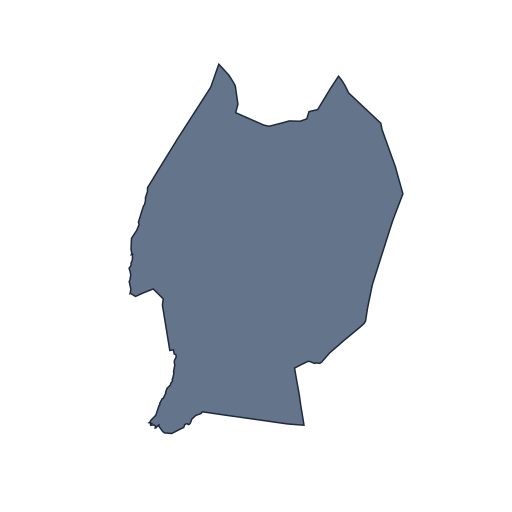 outline of Santa María del Rosario, Oaxaca, Mexico, rotated 18°
{"feature_id": "50627088B57696303957439", "entity_name": "Santa María del Rosario", "entity_type": "district", "adm_level": 2, "iso_a3": "MEX", "parent_name": "Mexico", "parent_adm1": "Oaxaca", "projection": "equal_earth", "projection_center": [-97.61, 17.342], "detail": "fine", "context": "isolated", "style": "filled", "palette": "slate", "viewbox_px": 512, "rotation_deg": 18, "n_neighbors": 0, "source": "geoboundaries", "source_scale": "gbopen_adm2", "svg_char_len": 2065}
<svg xmlns="http://www.w3.org/2000/svg" viewBox="0 0 512 512"><g transform="rotate(18 256 256)"><path d="M380.3,284.2L378.2,271.1L375.5,247.1L375.1,187.3L375.1,180.9L375.3,175.0L376.0,161.5L376.5,151.5L363.5,131.9L360.9,127.9L358.8,125.3L336.8,96.8L333.7,91.2L293.7,72.3L288.2,66.6L285.3,64.1L283.1,62.3L278.9,59.5L275.0,73.8L269.4,97.7L261.8,102.3L261.9,109.9L256.3,114.2L245.8,117.3L240.6,120.8L234.6,124.6L230.5,127.2L228.3,128.6L223.0,129.1L192.4,126.0L191.9,117.2L183.7,100.6L181.6,98.5L174.5,92.5L161.4,85.1L161.3,86.7L160.8,109.4L144.9,169.8L144.3,172.5L140.5,188.0L136.0,206.6L133.5,217.3L131.7,224.5L132.9,228.4L132.8,234.6L133.7,237.3L134.1,241.2L133.6,243.2L133.5,245.2L133.7,260.2L135.1,262.2L134.6,268.6L132.1,277.6L135.0,288.1L137.0,291.8L137.0,293.3L138.1,292.5L139.7,298.3L139.3,301.4L139.9,302.4L139.9,304.6L139.1,306.5L139.3,307.3L140.9,309.4L141.8,311.0L143.0,313.5L143.1,316.0L143.6,316.9L143.3,319.5L147.3,326.3L147.8,330.8L148.4,330.4L153.9,331.7L159.7,326.4L168.4,319.1L181.0,325.4L182.2,331.7L203.2,372.5L206.3,370.8L208.6,374.5L210.1,374.5L211.3,376.5L210.7,380.7L211.4,383.1L212.4,384.5L213.4,391.8L214.1,392.6L214.7,398.6L214.4,399.2L215.3,401.0L214.3,403.2L214.5,405.1L212.3,409.2L212.1,413.7L212.6,414.3L211.7,420.2L210.9,420.6L210.0,425.7L210.5,427.4L210.0,427.9L209.9,438.4L206.7,444.9L206.4,446.8L205.8,447.6L208.5,447.5L207.7,448.8L208.3,449.5L210.8,448.3L213.3,448.8L213.2,450.7L213.9,450.4L214.6,448.7L215.9,446.7L216.6,448.2L221.4,451.7L223.6,452.5L230.6,450.9L238.1,443.4L240.2,441.5L240.4,438.4L241.3,437.3L242.8,436.7L243.7,437.3L244.6,436.6L245.2,435.1L245.4,431.0L248.0,426.2L249.5,425.1L252.4,422.8L252.6,421.5L253.7,420.7L255.7,420.3L275.1,417.0L309.2,411.0L318.3,409.4L325.4,408.2L338.3,405.9L353.9,402.1L352.9,400.0L347.8,390.2L344.5,383.8L340.3,375.1L332.2,360.0L327.3,350.7L332.9,345.0L334.1,343.9L336.8,341.3L338.2,340.0L340.5,339.7L344.9,340.1L346.3,339.0L349.8,338.4L351.3,336.6L351.6,335.6L356.0,325.4L366.4,308.1L375.9,293.2L379.6,286.9L380.3,284.2Z" fill="#64748b" stroke="#1e293b" stroke-width="1.5"/></g></svg>